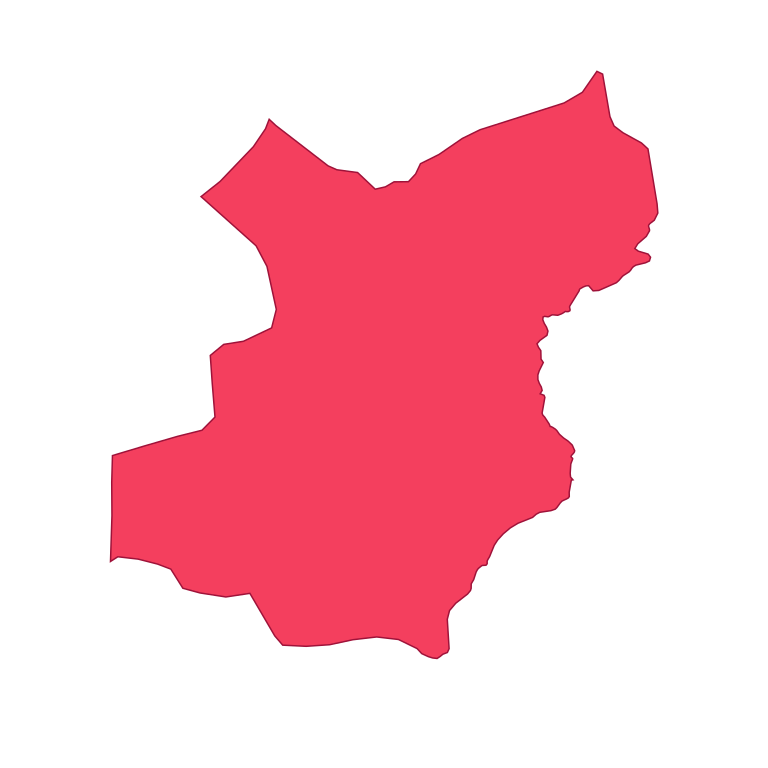 Katavi, Robinson projection, rotated 81°
{"feature_id": "TZA-5584", "entity_name": "Katavi", "entity_type": "Region", "adm_level": 1, "iso_a3": "TZA", "parent_name": "United Republic of Tanzania", "parent_adm1": "", "projection": "robinson", "projection_center": [31.46, -6.489], "detail": "fine", "context": "isolated", "style": "filled", "palette": "rose", "viewbox_px": 768, "rotation_deg": 81, "n_neighbors": 0, "source": "natural_earth", "source_scale": "10m", "svg_char_len": 2560}
<svg xmlns="http://www.w3.org/2000/svg" viewBox="0 0 768 768"><g transform="rotate(81 384 384)"><path d="M170.3,535.4L158.3,514.2L129.2,475.9L113.4,461.1L104.6,456.0L111.8,450.4L159.8,405.1L165.0,397.1L171.0,377.0L190.2,362.2L189.5,351.8L185.9,342.5L188.0,328.2L181.5,319.9L172.1,313.5L165.9,293.8L153.7,268.2L147.9,249.4L134.6,162.2L126.9,142.4L108.5,124.8L112.1,119.6L155.3,119.0L165.2,116.4L173.2,108.7L186.2,92.0L193.1,86.5L248.8,86.1L258.0,86.8L264.5,91.4L267.2,96.4L268.6,97.8L269.9,98.0L272.9,97.6L274.2,97.8L279.2,101.8L285.2,111.4L289.5,115.1L292.6,112.0L297.0,102.8L300.5,100.9L304.0,102.6L305.2,106.7L306.0,116.6L307.1,119.3L308.5,121.1L310.1,122.5L311.6,124.4L314.1,130.1L314.9,131.6L318.4,135.7L320.3,138.6L325.2,157.2L324.7,162.9L318.9,166.5L318.7,169.2L319.3,171.9L320.7,175.6L321.4,176.3L322.4,176.6L335.8,188.1L336.9,188.7L339.8,188.6L340.7,188.9L341.3,190.5L341.2,191.9L340.7,193.6L341.7,195.6L342.5,197.8L343.3,201.6L342.0,206.8L342.2,208.0L343.1,210.2L343.3,211.5L342.3,214.8L342.7,216.4L345.4,217.1L349.3,216.2L353.3,214.6L357.4,213.8L361.4,215.4L365.3,223.1L368.2,226.6L371.8,225.7L375.6,223.9L384.0,225.0L387.7,223.3L395.2,228.6L399.1,230.6L403.7,231.3L407.7,230.5L411.6,229.1L415.1,228.8L418.1,231.3L420.2,227.7L422.4,227.2L437.5,232.4L439.6,232.0L441.8,230.5L449.4,227.1L452.0,226.5L452.1,225.8L453.2,224.2L455.4,221.8L457.0,220.6L461.1,218.6L465.4,215.1L469.3,211.0L473.8,207.6L479.7,206.1L480.9,206.6L482.0,207.6L483.9,210.0L485.1,210.7L485.9,210.2L486.7,209.5L487.4,209.3L492.2,212.0L501.5,214.1L505.1,214.3L508.2,212.4L508.2,214.0L519.8,218.0L524.1,218.6L525.3,219.6L526.1,221.7L526.8,224.3L527.5,226.5L529.1,228.6L533.0,232.5L534.4,234.4L535.2,238.9L535.1,250.2L536.4,254.0L539.0,258.1L542.5,273.5L545.9,281.8L550.6,289.6L555.8,296.1L560.6,300.4L571.0,306.7L573.8,309.0L575.0,309.8L577.6,310.2L578.8,311.3L578.9,312.4L578.6,315.0L578.8,316.0L580.9,319.6L582.0,320.8L584.1,322.4L591.2,326.0L595.0,329.1L599.5,329.9L601.5,330.9L604.5,334.3L611.8,347.5L618.0,354.7L626.3,358.3L655.6,361.1L659.1,363.4L660.1,368.1L661.9,371.2L663.4,374.5L662.2,378.8L660.2,382.9L656.2,388.9L650.5,392.7L638.6,409.7L632.7,430.8L631.7,454.6L633.0,478.5L630.9,501.9L626.1,524.9L615.7,531.3L569.8,549.2L569.6,573.5L561.6,598.4L554.3,614.6L533.5,623.5L526.5,635.7L518.5,654.2L513.0,673.9L516.5,681.9L471.5,673.3L438.5,668.3L412.2,663.4L407.8,630.9L403.4,596.0L401.2,571.0L390.2,556.1L357.2,553.6L328.6,551.1L319.8,536.1L319.8,516.1L311.0,486.2L293.5,478.7L249.5,481.2L227.5,488.7L170.3,535.4Z" fill="#f43f5e" stroke="#9f1239" stroke-width="1.5"/></g></svg>